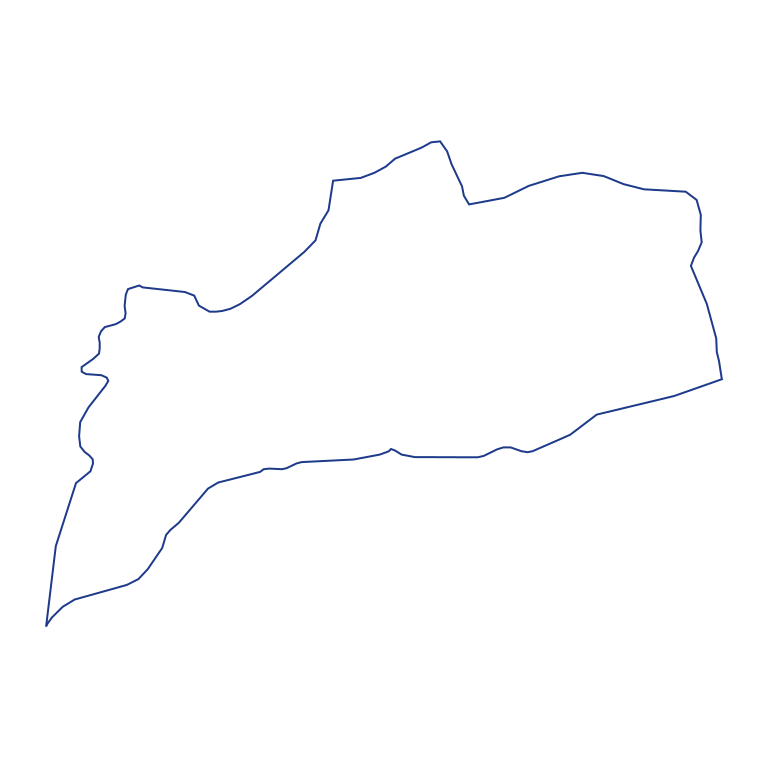 SVG path tracing the border of Abyan
{"feature_id": "YEM-3511", "entity_name": "Abyan", "entity_type": "Governorate", "adm_level": 1, "iso_a3": "YEM", "parent_name": "Yemen", "parent_adm1": "", "projection": "natural_earth1", "projection_center": [46.013, 13.619], "detail": "fine", "context": "isolated", "style": "outline", "palette": "blue", "viewbox_px": 768, "rotation_deg": 0, "n_neighbors": 0, "source": "natural_earth", "source_scale": "10m", "svg_char_len": 1567}
<svg xmlns="http://www.w3.org/2000/svg" viewBox="0 0 768 768"><path d="M721.9,379.2L674.1,396.0L596.7,414.6L570.1,434.8L532.6,451.2L527.5,452.2L521.4,451.2L510.6,447.4L503.4,447.4L497.0,449.4L483.8,455.9L477.7,457.3L414.8,457.1L401.6,454.6L395.0,450.5L391.0,449.0L389.2,450.9L387.8,451.7L379.7,454.6L353.6,459.5L301.7,462.1L296.4,463.5L286.5,468.2L282.0,469.2L269.3,468.6L263.7,469.2L260.1,471.9L218.2,482.5L208.0,488.6L178.8,522.8L170.4,529.9L166.1,534.9L162.2,548.0L147.8,569.1L138.4,579.1L126.9,584.9L74.7,599.5L62.7,606.8L51.8,617.6L47.6,623.5L46.1,626.6L55.8,546.1L76.0,483.1L90.4,471.3L93.0,463.6L92.7,459.3L89.0,455.2L84.7,452.0L80.3,446.5L79.1,436.3L80.2,422.1L88.5,407.4L105.4,385.8L108.3,380.9L106.7,377.6L101.4,375.2L86.1,374.1L81.7,371.7L81.6,367.1L93.2,358.9L99.0,353.6L99.7,348.5L99.7,342.7L98.7,337.0L101.0,331.3L104.8,327.1L115.9,324.1L120.6,321.5L124.7,318.5L125.6,313.2L124.6,305.9L125.8,294.6L128.0,289.1L139.2,285.5L142.7,287.4L184.8,292.0L194.2,295.6L198.9,305.6L209.6,311.7L215.8,311.7L222.0,311.0L230.4,308.8L239.8,304.2L252.2,295.7L304.3,251.9L315.5,240.4L320.4,223.6L328.5,210.3L333.1,180.7L360.8,177.9L374.4,172.8L385.8,166.6L395.0,158.7L421.6,147.6L431.2,142.3L440.1,141.4L447.1,151.3L451.6,164.3L462.0,186.3L463.9,195.8L469.1,204.4L504.4,197.8L528.7,185.9L559.1,176.3L582.2,172.8L603.8,176.1L623.5,184.1L643.9,189.3L685.7,191.7L696.6,199.9L700.8,214.8L700.4,230.6L701.7,242.3L698.0,251.1L694.0,257.7L690.9,265.9L706.8,303.9L716.2,338.3L716.8,352.1L719.0,361.0L721.8,379.0L721.9,379.2Z" fill="none" stroke="#1e3a8a" stroke-width="2"/></svg>